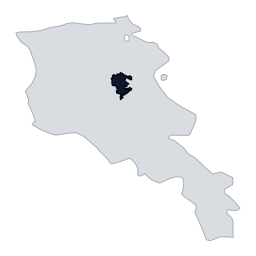 location of Sevan, Gegharkunik, Armenia
{"feature_id": "60910142B53261358782492", "entity_name": "Sevan", "entity_type": "district", "adm_level": 2, "iso_a3": "ARM", "parent_name": "Armenia", "parent_adm1": "Gegharkunik", "projection": "mercator", "projection_center": [45.001, 40.541], "detail": "fine", "context": "in_parent", "style": "filled", "palette": "ink", "viewbox_px": 256, "rotation_deg": 0, "n_neighbors": 0, "source": "geoboundaries", "source_scale": "gbopen_adm2", "svg_char_len": 4379}
<svg xmlns="http://www.w3.org/2000/svg" viewBox="0 0 256 256"><path d="M110.6,163.9L108.2,159.9L95.9,146.9L84.4,136.8L76.6,132.7L68.6,133.1L56.4,135.1L51.9,134.3L41.2,129.9L32.2,124.7L33.4,122.5L35.3,121.0L33.1,114.2L28.1,103.2L28.6,99.8L27.1,95.1L25.3,91.5L32.3,82.9L35.5,76.0L36.2,69.2L34.4,62.2L29.8,49.5L26.9,45.9L21.6,42.4L17.2,36.8L16.1,32.7L19.8,32.0L30.7,31.8L41.3,30.5L49.5,27.8L61.5,25.6L66.4,23.7L72.2,22.7L89.6,24.8L96.2,23.2L115.9,22.9L116.4,22.1L113.7,19.4L113.7,18.4L125.4,16.6L127.2,15.4L128.8,19.6L133.2,24.4L138.0,26.3L140.6,28.9L140.7,30.9L132.2,33.3L131.6,34.5L132.2,35.7L134.7,36.3L146.6,42.3L153.4,42.4L157.0,44.2L158.7,47.8L164.4,52.6L168.9,57.3L169.2,58.9L168.4,61.3L155.7,70.4L154.1,73.6L153.9,76.9L159.5,86.8L167.7,97.6L179.5,105.8L195.8,114.7L196.0,120.2L193.4,126.7L191.2,131.1L190.2,134.1L188.2,135.4L172.0,135.1L169.5,136.2L168.5,137.5L168.4,138.5L174.2,140.5L183.3,147.5L188.6,154.2L194.0,157.2L200.1,162.5L205.0,167.5L212.7,174.0L221.2,171.9L232.6,177.6L233.0,181.5L232.3,185.0L225.2,188.8L224.3,190.4L224.3,191.7L225.2,193.6L229.4,196.7L234.3,201.3L239.9,208.1L237.4,210.2L232.3,210.5L228.2,209.6L226.8,211.0L226.9,213.3L232.1,218.5L233.2,222.3L232.9,228.9L233.2,237.2L220.9,236.7L210.4,240.6L206.4,239.8L203.8,232.8L201.6,227.1L194.9,212.3L196.7,206.3L193.0,202.8L184.0,196.5L181.7,193.9L182.9,190.3L183.8,183.8L183.0,178.5L180.5,176.9L176.1,176.8L170.6,178.1L159.6,183.2L152.0,180.0L147.7,176.7L145.1,173.9L139.4,176.2L138.0,175.1L137.7,168.3L136.0,164.6L132.6,160.3L129.4,158.2L117.7,162.5L110.6,163.9ZM128.8,40.3L129.2,37.8L128.6,35.5L126.7,34.8L124.4,35.4L124.2,37.9L124.9,40.3L127.3,41.4L128.8,40.3ZM166.4,79.0L163.7,80.5L161.2,79.8L161.2,75.9L163.0,74.4L165.1,74.5L167.2,75.8L166.4,79.0Z" fill="#d9dde1" stroke="#a8b0b8" stroke-width="1"/><path d="M120.6,99.2L122.7,97.7L122.7,97.2L121.9,97.1L121.5,96.9L122.1,96.0L123.2,95.1L123.6,94.1L124.0,93.9L124.2,94.7L124.7,94.7L125.1,94.0L125.2,93.7L126.0,93.6L126.7,93.3L129.4,90.8L130.9,90.0L130.9,89.9L131.0,89.7L131.0,89.4L131.3,89.3L131.3,89.2L131.5,89.0L131.5,88.9L131.5,88.7L131.4,88.7L131.2,88.7L130.9,88.5L130.7,88.5L130.5,88.4L130.4,88.4L130.3,88.5L130.2,88.6L130.3,88.4L130.2,88.4L130.2,88.2L130.0,88.3L129.9,88.4L129.9,88.5L130.0,88.6L129.9,88.7L129.9,88.4L129.8,88.2L129.6,88.1L129.6,88.3L129.8,88.3L129.8,88.5L129.7,88.6L129.6,88.8L129.6,89.0L129.4,89.1L129.4,88.9L129.2,88.9L129.3,88.8L129.3,88.7L129.3,88.4L129.2,88.5L128.9,88.5L128.7,88.6L128.4,88.4L128.2,88.4L128.2,88.5L127.9,88.5L127.7,88.7L127.4,88.7L127.3,88.8L127.2,88.9L126.9,88.9L126.4,88.8L126.2,88.7L126.0,88.8L125.9,88.7L125.6,88.5L125.4,88.5L125.2,88.5L124.9,88.6L124.6,88.6L124.4,88.6L124.1,88.6L123.9,88.5L123.8,88.3L123.7,88.2L123.6,87.9L123.6,87.7L123.8,87.5L123.9,87.4L123.8,87.2L124.0,86.9L124.1,86.7L124.5,86.4L124.8,86.5L125.0,86.5L125.3,86.6L125.5,86.6L125.8,86.7L126.0,86.6L126.1,86.4L126.3,86.3L126.6,86.2L126.8,86.1L127.0,85.7L127.0,85.4L126.9,85.3L126.7,85.2L126.4,85.1L126.4,84.9L126.5,84.8L126.5,84.6L126.7,84.4L126.8,84.2L127.1,83.9L127.3,83.9L127.6,83.9L127.6,84.0L127.8,84.0L128.1,84.0L128.3,84.0L128.5,84.0L128.6,83.9L128.6,83.7L128.3,83.6L128.2,83.6L127.5,83.5L127.4,83.5L127.3,83.4L127.2,83.3L127.2,83.2L127.0,82.7L126.7,82.5L126.4,82.3L126.2,82.1L125.9,82.0L125.7,81.9L125.4,81.8L125.3,81.7L125.2,81.6L125.0,81.4L125.0,81.2L124.8,80.9L124.7,80.6L124.8,80.3L124.8,80.2L124.9,79.8L125.0,79.7L125.2,79.4L125.2,79.2L125.0,78.9L125.1,78.7L125.3,78.4L125.7,77.9L125.8,77.7L126.0,77.5L126.3,77.5L126.5,77.5L126.8,77.7L127.0,77.7L127.2,77.8L127.3,77.8L127.6,78.0L127.8,78.1L128.0,78.2L128.3,78.5L128.5,78.5L128.8,78.6L129.0,78.7L129.3,78.7L129.3,78.8L129.5,78.8L129.8,79.0L130.0,79.2L130.0,79.3L130.4,79.6L130.5,79.6L130.7,79.4L130.9,79.4L131.0,79.4L131.2,79.5L131.3,79.5L131.5,79.5L131.5,77.1L129.4,75.9L128.6,76.8L127.0,76.4L125.4,75.4L124.4,75.2L123.6,74.7L123.0,74.1L122.1,73.4L121.5,73.3L120.5,72.8L119.8,74.0L119.3,74.5L119.0,74.5L117.9,74.1L117.4,74.2L117.0,74.6L116.6,75.3L116.2,75.7L115.8,75.8L115.2,75.7L114.4,75.1L113.8,74.7L113.1,75.4L112.6,75.7L113.0,77.3L112.9,77.7L112.4,78.0L111.5,78.2L111.7,79.4L112.1,80.2L112.2,80.8L112.0,82.7L112.3,84.6L112.5,85.2L112.8,85.4L116.1,85.8L116.9,88.3L117.7,89.1L117.6,89.8L116.5,91.1L117.0,93.0L119.5,93.8L120.3,93.8L120.6,94.1L120.8,94.5L120.9,95.4L120.5,96.2L120.3,97.6L120.5,98.5L120.6,99.2Z" fill="#0f172a" stroke="#020617" stroke-width="1.5"/></svg>